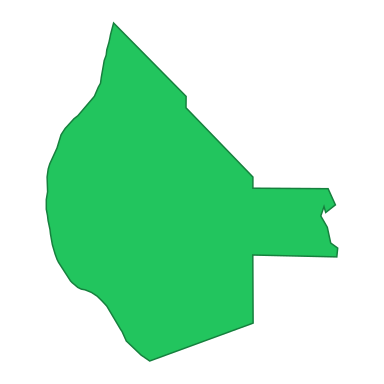 Monroe, Illinois, United States of America
{"feature_id": "52423323B604862894411", "entity_name": "Monroe", "entity_type": "district", "adm_level": 2, "iso_a3": "USA", "parent_name": "United States of America", "parent_adm1": "Illinois", "projection": "mercator", "projection_center": [-90.238, 38.304], "detail": "fine", "context": "isolated", "style": "filled", "palette": "green", "viewbox_px": 384, "rotation_deg": 0, "n_neighbors": 0, "source": "geoboundaries", "source_scale": "gbopen_adm2", "svg_char_len": 890}
<svg xmlns="http://www.w3.org/2000/svg" viewBox="0 0 384 384"><path d="M66.6,126.9L65.1,128.5L64.9,128.9L63.3,131.3L61.1,134.7L57.0,148.1L49.8,163.8L48.2,169.0L47.1,177.0L47.6,191.8L46.3,199.5L46.3,209.3L47.5,215.5L48.1,220.6L50.0,229.6L50.5,234.1L52.4,244.8L55.1,254.0L57.1,259.5L57.6,260.4L58.5,262.3L70.5,280.9L72.2,282.7L77.8,287.4L81.2,289.1L85.0,289.8L91.2,292.3L97.1,296.1L101.8,300.7L106.8,306.1L120.5,329.2L120.6,329.4L122.0,331.4L126.3,341.0L141.2,355.2L148.3,360.0L149.7,361.0L253.1,323.1L252.8,255.0L336.8,256.9L337.7,248.1L330.7,243.0L327.3,227.3L320.8,216.0L324.0,206.6L325.7,212.5L335.4,204.9L328.1,188.7L252.9,188.2L252.9,177.0L186.0,107.8L186.1,96.4L113.6,23.0L110.6,34.3L109.9,38.0L109.0,42.2L106.8,49.8L106.2,55.1L104.2,60.6L103.4,65.4L101.3,77.3L100.5,83.3L98.3,87.2L94.4,96.3L77.8,115.8L74.1,118.6L66.6,126.9Z" fill="#22c55e" stroke="#15803d" stroke-width="1.5"/></svg>